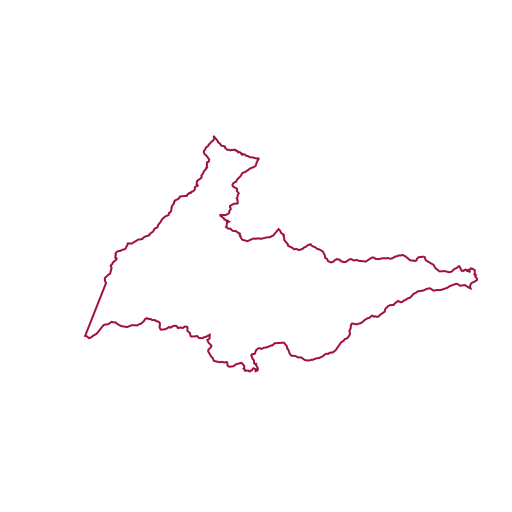 outline of Yarumal, Antioquia, Colombia, rotated 63°
{"feature_id": "7082276B85908118350563", "entity_name": "Yarumal", "entity_type": "district", "adm_level": 2, "iso_a3": "COL", "parent_name": "Colombia", "parent_adm1": "Antioquia", "projection": "robinson", "projection_center": [-75.435, 7.007], "detail": "fine", "context": "isolated", "style": "outline", "palette": "rose", "viewbox_px": 512, "rotation_deg": 63, "n_neighbors": 0, "source": "geoboundaries", "source_scale": "gbopen_adm2", "svg_char_len": 6119}
<svg xmlns="http://www.w3.org/2000/svg" viewBox="0 0 512 512"><g transform="rotate(63 256 256)"><path d="M265.4,219.8L261.4,222.8L260.3,222.3L254.3,223.6L252.7,222.6L250.8,222.1L250.4,222.4L249.9,221.6L246.7,223.2L244.3,223.0L242.3,223.7L245.7,231.7L245.4,233.0L245.7,234.7L244.3,238.0L242.9,244.0L241.5,245.5L241.3,246.7L240.5,247.8L240.4,248.8L239.7,249.4L239.2,251.0L238.9,256.9L235.2,260.9L231.4,261.2L231.1,260.7L229.8,261.1L229.0,260.2L228.1,260.6L227.5,261.3L224.8,262.5L223.3,265.0L221.6,266.0L220.8,266.0L219.8,266.8L219.1,268.2L216.5,269.6L215.9,268.5L213.1,266.8L213.1,264.7L212.8,265.0L211.7,265.1L211.4,266.2L209.8,266.8L209.0,267.7L207.9,267.5L203.9,269.5L203.2,269.1L205.8,264.5L205.7,261.1L205.3,260.1L203.9,259.5L202.7,257.2L201.9,256.8L200.9,257.1L199.6,256.4L199.4,252.0L200.7,249.2L200.7,248.3L197.1,246.9L195.7,247.0L195.1,245.7L193.3,244.5L192.3,242.9L189.7,243.5L187.5,242.4L183.5,244.9L182.2,244.9L181.1,243.7L180.6,241.8L180.8,239.9L179.5,238.5L177.7,233.2L175.9,230.5L176.2,226.9L175.3,221.2L175.8,217.5L175.4,215.2L172.7,212.7L170.7,209.5L170.0,209.6L169.4,211.2L167.0,213.8L165.1,216.7L163.1,218.0L162.3,219.2L160.4,220.0L159.6,221.1L159.6,222.1L158.8,221.8L158.2,222.8L157.5,222.6L156.0,223.4L155.6,224.9L154.0,224.8L153.2,226.0L152.6,225.9L151.7,226.5L151.4,228.1L150.4,229.1L150.3,230.9L149.2,231.6L148.8,232.8L148.1,233.5L145.3,234.5L144.2,234.0L141.9,236.8L139.4,237.1L137.3,238.2L136.4,237.9L130.2,239.2L129.7,239.4L131.7,239.6L132.6,240.2L133.6,241.7L134.1,244.4L134.9,245.8L135.2,247.5L136.1,248.3L136.7,251.5L138.0,252.8L138.8,254.8L140.2,255.5L142.0,255.5L144.2,254.6L148.7,253.9L150.4,255.2L150.6,255.9L150.2,257.0L152.2,258.4L152.7,258.2L153.9,259.3L155.1,259.4L155.1,260.7L155.9,261.2L156.5,263.3L158.5,265.9L159.5,268.1L161.5,268.9L162.4,274.5L165.2,276.4L166.4,275.8L167.0,276.1L166.7,278.4L167.2,279.4L168.7,280.1L169.5,281.4L169.8,283.1L169.5,284.8L170.3,285.5L169.5,286.9L170.0,287.4L170.0,289.2L171.0,290.2L168.6,296.4L168.8,297.5L169.4,297.8L169.8,299.1L169.8,303.3L170.5,303.7L170.8,304.7L171.9,305.2L173.5,308.5L177.4,311.2L178.2,312.8L178.1,314.0L179.8,315.3L179.6,319.0L180.6,323.0L182.3,325.4L184.0,329.3L185.7,330.7L185.7,334.2L187.4,336.4L188.2,340.9L189.1,341.6L188.4,345.9L188.5,347.9L189.3,349.6L187.9,353.6L188.5,361.2L186.6,364.3L186.8,365.0L188.1,365.7L188.5,366.8L190.0,368.6L190.4,369.9L189.8,372.2L189.8,374.8L189.2,376.2L189.1,377.9L189.8,380.0L191.6,380.4L192.1,381.3L194.0,382.1L194.5,381.3L195.2,381.5L196.0,382.6L196.8,386.6L197.8,387.5L198.6,389.9L201.1,390.1L205.5,394.0L205.7,396.3L207.0,400.7L209.9,401.9L212.0,401.9L249.6,444.5L251.0,443.0L253.3,442.2L253.7,440.8L253.0,436.7L253.0,433.4L248.4,423.3L248.4,422.2L249.7,418.7L249.1,414.6L250.4,413.2L251.3,411.3L253.5,410.5L257.2,408.0L260.8,403.1L261.3,398.0L264.0,393.1L263.7,391.0L264.2,389.3L263.0,385.2L261.8,383.4L261.9,381.2L263.5,380.3L264.3,378.5L265.9,377.6L267.4,374.9L268.4,374.8L269.5,373.4L271.6,372.1L273.4,372.7L275.7,374.3L278.0,374.4L278.6,374.0L280.2,369.6L279.8,365.7L281.0,364.9L280.8,361.4L281.8,359.1L283.3,358.3L284.4,358.4L285.1,357.8L285.1,356.4L286.9,353.9L286.5,351.5L287.8,349.5L288.3,349.4L291.6,351.1L294.8,349.8L297.3,350.6L298.2,350.4L299.7,347.5L300.5,344.8L302.7,344.2L303.6,343.5L305.1,340.6L304.8,339.2L305.3,337.0L305.2,333.0L308.5,334.9L308.7,337.5L311.8,337.6L315.7,336.4L316.9,337.8L317.8,340.9L319.2,341.9L325.4,341.6L327.1,340.9L330.3,341.2L334.2,336.5L334.7,334.7L336.4,332.7L337.2,330.3L337.8,330.0L340.9,331.1L342.6,330.1L344.0,325.9L343.4,323.1L344.5,317.5L348.4,316.3L350.5,317.3L350.8,318.2L352.2,317.6L353.2,317.9L354.5,315.1L356.0,314.1L355.7,313.2L356.0,311.4L355.0,310.0L354.9,309.2L356.7,307.6L358.4,308.6L358.6,307.4L357.7,307.0L358.1,306.0L356.7,305.3L353.4,305.5L352.2,304.8L351.5,306.1L350.9,306.4L347.9,305.2L345.9,305.8L344.1,305.3L342.7,305.5L341.7,304.4L342.6,301.6L339.8,298.4L339.4,295.9L339.6,294.8L341.3,293.3L341.3,290.9L342.4,287.4L342.6,283.3L343.1,281.7L342.2,279.1L345.9,270.4L350.5,269.5L353.1,270.2L354.1,269.7L357.8,270.3L360.9,269.8L363.0,266.2L365.5,264.6L366.9,261.7L370.6,259.9L371.7,258.7L373.3,255.9L373.5,254.0L374.1,253.2L374.7,248.3L375.5,246.3L375.7,242.0L374.9,239.0L375.1,237.6L376.0,236.2L375.7,235.0L376.0,232.9L376.8,231.8L376.2,228.0L371.6,219.4L371.2,216.0L370.3,214.8L370.7,212.6L369.9,210.1L368.1,207.6L364.9,206.6L363.5,204.5L360.7,202.9L359.7,201.1L362.8,197.0L362.9,194.9L363.4,193.3L363.1,190.5L362.4,188.7L362.1,184.7L362.6,183.3L361.8,180.1L362.4,179.0L363.6,178.5L363.8,177.2L365.1,176.0L365.5,173.9L364.8,172.3L364.0,166.5L362.0,165.0L360.6,161.0L360.7,158.7L362.1,155.6L361.4,154.3L360.5,149.8L362.8,148.2L363.3,146.7L362.8,144.2L363.0,141.6L362.6,140.8L363.1,137.4L361.2,132.7L361.4,130.1L360.9,128.0L362.7,122.8L362.8,118.8L363.7,115.7L367.5,113.5L368.3,110.7L370.2,106.8L371.2,99.7L370.8,97.4L371.5,90.7L372.3,89.3L375.2,87.6L376.7,83.1L381.5,80.3L382.3,79.5L380.3,79.2L378.6,77.6L377.8,75.5L378.1,74.1L377.8,70.1L376.5,69.4L373.6,69.9L372.8,68.8L371.5,69.8L370.9,69.0L367.9,67.5L365.2,69.3L365.3,69.8L364.6,70.2L365.2,71.8L364.9,72.8L366.7,72.5L367.0,72.9L365.6,73.5L365.5,74.4L364.9,74.9L364.1,74.7L363.2,75.5L363.1,76.9L363.6,77.9L362.8,78.6L362.7,79.4L361.0,79.7L360.5,79.4L357.7,79.4L357.2,79.7L357.8,82.9L357.6,85.1L358.7,88.7L358.5,90.0L358.1,91.3L355.2,94.6L353.0,99.5L348.4,101.6L344.6,101.8L336.8,106.7L333.5,106.2L332.7,106.9L330.9,111.7L331.6,114.1L332.8,114.9L332.7,116.7L331.3,118.0L331.0,119.1L329.6,120.7L324.5,122.8L321.5,125.0L321.3,126.8L320.3,128.4L320.2,131.0L319.6,132.3L320.0,135.1L319.5,137.4L317.3,140.1L317.0,141.8L316.3,142.5L315.0,145.7L314.7,147.7L312.9,150.8L311.0,151.6L310.0,153.4L310.8,160.7L306.4,167.3L305.2,168.0L304.5,170.8L301.8,172.8L301.5,174.0L302.0,179.0L301.2,180.8L300.0,181.6L299.6,182.5L297.1,183.2L296.7,184.2L295.4,185.3L295.6,188.2L296.2,189.5L295.8,192.1L293.3,194.1L290.7,194.1L289.1,195.2L286.7,194.4L282.3,194.4L278.4,197.0L277.7,198.1L274.5,199.6L273.7,200.7L271.8,201.8L270.3,202.0L269.9,204.6L270.4,207.4L270.2,209.6L270.8,210.8L270.3,214.9L268.1,216.8L267.2,219.1L265.4,219.8Z" fill="none" stroke="#9f1239" stroke-width="2"/></g></svg>